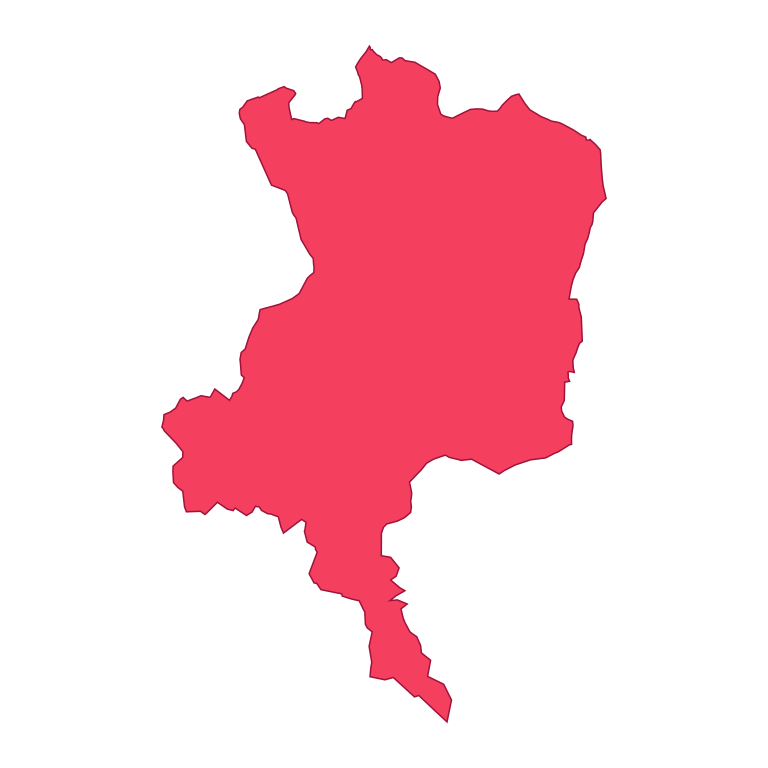 outline of Kubau, Kaduna, Nigeria
{"feature_id": "59680162B90439441381954", "entity_name": "Kubau", "entity_type": "district", "adm_level": 2, "iso_a3": "NGA", "parent_name": "Nigeria", "parent_adm1": "Kaduna", "projection": "robinson", "projection_center": [8.343, 10.814], "detail": "fine", "context": "isolated", "style": "filled", "palette": "rose", "viewbox_px": 768, "rotation_deg": 0, "n_neighbors": 0, "source": "geoboundaries", "source_scale": "gbopen_adm2", "svg_char_len": 4676}
<svg xmlns="http://www.w3.org/2000/svg" viewBox="0 0 768 768"><path d="M499.1,474.0L504.2,470.6L515.3,464.9L530.7,459.8L545.7,457.9L549.9,455.7L554.3,453.4L558.1,451.9L561.1,450.1L569.4,444.8L571.6,444.4L571.5,442.4L571.5,439.3L571.7,434.6L572.3,430.4L573.0,425.8L572.6,421.3L567.4,419.0L564.5,417.0L561.7,411.2L561.2,407.1L564.3,400.4L564.7,382.2L569.6,381.3L568.9,379.8L568.7,379.0L568.3,378.1L568.2,377.7L568.3,375.5L568.2,373.9L567.8,372.4L568.2,372.1L568.5,371.9L569.0,371.7L570.3,371.5L570.6,371.6L572.3,372.0L574.3,372.4L574.0,370.6L573.3,368.7L572.8,361.0L573.4,358.8L574.7,355.8L576.0,353.0L577.7,347.7L579.5,343.4L582.3,341.1L581.3,316.9L578.9,307.9L578.9,304.4L576.7,299.2L569.0,299.1L570.6,290.2L571.4,285.9L573.1,279.5L575.7,273.0L579.3,267.6L581.0,261.1L583.5,253.6L585.1,244.0L587.7,238.5L589.4,232.1L590.2,227.8L592.0,224.6L592.8,221.3L593.5,212.8L600.3,204.3L602.2,201.9L606.1,198.5L603.1,185.6L602.2,177.9L601.8,173.2L601.2,165.2L600.6,153.0L600.1,149.7L595.5,144.5L590.6,140.0L590.0,139.4L588.9,140.1L588.2,140.2L587.5,140.1L586.7,139.7L586.2,139.7L585.9,137.2L585.6,137.0L581.2,135.1L573.5,130.0L570.7,128.5L561.6,123.6L558.5,122.4L551.4,121.1L547.5,119.2L541.3,116.7L529.8,109.8L524.7,103.2L518.9,94.0L515.6,94.8L511.5,96.3L506.7,100.7L502.2,105.3L499.8,108.7L497.2,111.2L492.3,111.3L488.4,110.9L482.6,109.1L476.9,108.9L470.4,109.4L459.4,114.7L453.9,117.5L452.1,118.2L446.6,116.8L443.2,115.7L440.8,114.1L439.0,108.9L437.5,104.4L437.7,96.6L440.3,88.0L439.1,81.5L435.3,74.2L427.6,69.6L422.6,66.8L415.0,62.3L405.0,60.6L402.2,58.0L399.4,57.8L391.4,62.6L386.1,59.6L384.0,60.1L382.4,59.8L381.4,57.6L379.5,56.1L376.6,54.6L373.7,51.6L372.1,49.5L370.9,49.9L370.2,49.0L370.3,47.6L369.4,46.1L366.1,51.7L360.8,58.4L359.8,59.9L358.9,61.2L356.8,64.7L355.6,67.1L357.6,71.9L358.3,74.8L359.4,76.4L360.1,78.8L361.7,85.3L362.0,87.3L361.9,87.5L362.1,87.8L362.4,98.4L356.3,101.8L355.5,101.5L355.2,101.7L354.6,102.4L353.5,104.2L351.0,108.6L347.2,110.2L345.3,117.6L344.9,118.5L338.3,117.3L331.9,120.2L331.1,120.3L328.1,118.4L327.3,118.3L324.6,119.0L318.9,123.6L316.9,122.7L310.0,122.6L305.4,121.8L304.8,121.3L293.9,118.6L291.7,119.6L289.0,107.3L288.8,102.7L294.4,95.7L294.8,95.3L295.7,93.5L293.7,90.6L286.3,88.2L284.2,86.6L278.1,88.8L277.9,89.4L267.4,94.1L259.4,97.8L258.3,97.0L247.3,100.8L242.6,107.3L239.9,109.3L239.3,112.4L239.5,114.8L240.4,118.8L244.4,124.7L246.4,141.4L250.8,146.9L252.2,148.4L255.3,149.2L270.2,182.4L270.6,183.3L271.6,185.2L285.1,190.4L286.0,191.5L287.6,193.9L291.5,209.3L292.3,212.3L293.7,215.0L296.0,217.9L301.1,239.5L309.9,254.4L313.2,258.4L313.6,264.6L314.0,266.5L313.9,272.5L310.2,275.4L307.4,278.1L299.2,293.5L292.4,298.5L279.4,304.3L260.1,309.6L259.3,313.3L258.7,317.4L258.0,319.8L252.8,327.9L248.9,337.2L245.3,348.5L245.3,348.9L241.2,352.5L240.0,359.3L240.5,364.3L241.3,375.0L244.2,377.6L242.2,383.2L238.8,389.5L236.3,391.9L232.8,393.3L231.9,396.3L229.5,400.3L214.8,389.0L210.6,396.6L209.5,397.3L201.1,395.7L196.8,397.5L187.0,401.1L186.0,400.1L183.1,397.4L180.3,399.3L175.7,408.1L170.0,412.2L166.2,413.7L164.0,414.6L163.6,419.5L163.5,420.5L162.0,426.7L161.9,427.2L163.5,429.1L164.3,430.9L176.5,443.6L177.5,445.0L182.9,451.7L182.7,457.5L173.1,466.1L172.9,471.3L173.5,482.6L177.9,487.5L182.8,491.2L183.5,497.8L184.4,505.5L184.5,506.7L186.4,511.8L200.5,511.3L204.9,514.5L206.8,512.9L211.2,508.5L217.4,502.3L227.3,509.1L233.1,510.6L234.1,509.3L234.2,509.1L234.9,508.3L235.2,508.1L246.5,515.5L252.1,512.0L255.4,506.3L259.3,507.0L261.5,510.4L267.9,513.8L270.6,513.9L275.4,515.8L277.4,516.3L278.3,516.8L280.9,526.8L281.0,527.2L283.5,533.1L288.1,529.6L301.6,519.4L306.0,522.3L304.9,530.0L304.4,531.2L305.6,535.9L307.2,542.1L315.3,547.0L315.4,549.2L317.2,552.2L309.1,573.7L314.0,582.9L316.7,583.4L321.0,589.7L341.8,593.9L342.2,596.1L351.4,599.0L357.9,600.5L359.1,600.6L363.5,609.6L364.5,611.5L364.8,611.8L365.4,624.3L367.3,628.0L372.2,631.8L369.1,646.3L371.8,662.7L371.7,662.8L370.8,667.8L370.0,676.7L384.8,679.8L393.3,677.5L414.5,696.9L418.8,695.5L436.0,711.7L447.0,721.9L451.5,700.0L443.7,684.3L440.8,682.8L427.6,676.4L430.6,660.3L421.4,652.9L420.6,645.5L416.7,636.7L412.3,633.7L409.9,631.8L408.8,629.8L405.0,622.7L403.1,617.9L401.0,608.8L405.6,605.3L407.2,604.0L397.4,599.9L392.6,600.4L389.9,600.6L391.0,599.8L396.0,595.8L404.9,590.7L399.7,587.7L390.7,580.0L396.2,576.1L399.1,567.9L390.6,557.3L381.3,555.7L381.4,533.0L381.7,532.6L383.4,527.4L386.7,524.0L397.6,521.0L404.1,517.9L406.5,516.0L410.6,512.5L411.4,506.8L410.7,501.3L411.6,495.3L411.6,492.4L409.5,482.1L417.8,473.4L420.8,470.4L423.5,467.1L426.5,463.3L433.5,459.2L445.3,455.1L449.4,457.4L460.1,460.0L461.0,460.4L471.6,459.2L499.1,474.0Z" fill="#f43f5e" stroke="#9f1239" stroke-width="1.5"/></svg>